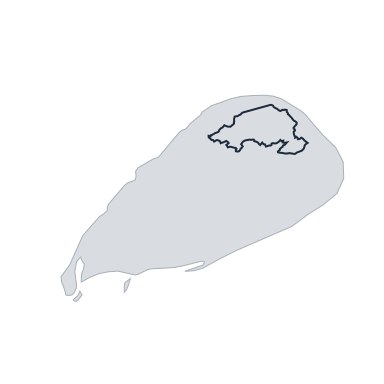 Sri Lanka, with Mŏṇarāgala highlighted, rotated 251°
{"feature_id": "LKA-2468", "entity_name": "Mŏṇarāgala", "entity_type": "District", "adm_level": 1, "iso_a3": "LKA", "parent_name": "Sri Lanka", "parent_adm1": "", "projection": "robinson", "projection_center": [81.231, 6.876], "detail": "fine", "context": "in_parent", "style": "outline", "palette": "slate", "viewbox_px": 384, "rotation_deg": 251, "n_neighbors": 0, "source": "natural_earth", "source_scale": "10m", "svg_char_len": 3492}
<svg xmlns="http://www.w3.org/2000/svg" viewBox="0 0 384 384"><g transform="rotate(251 192 192)"><path d="M135.7,39.3L142.4,39.7L149.5,39.5L154.5,40.6L163.1,52.8L186.4,74.6L199.0,96.8L200.2,101.6L202.0,105.8L205.0,106.9L207.6,108.9L220.2,130.3L221.7,134.5L221.5,139.2L222.2,142.6L225.5,144.4L229.7,145.3L232.4,148.5L235.8,165.6L235.8,170.9L236.8,173.2L252.8,199.8L253.7,203.0L253.5,205.4L254.0,207.5L257.1,212.2L261.9,224.9L264.4,227.8L267.3,238.9L267.5,260.0L266.4,269.5L263.4,280.9L259.9,292.1L256.1,300.2L250.8,307.1L232.9,321.7L227.8,324.6L204.4,333.7L187.2,342.4L171.3,344.7L155.4,339.9L143.4,328.6L137.2,311.9L133.1,294.5L127.0,275.1L122.3,215.4L120.1,198.7L116.5,177.4L116.9,168.2L119.4,159.3L119.4,178.7L121.8,181.1L123.5,178.6L125.2,158.6L126.5,150.1L132.8,127.9L133.0,124.0L131.9,115.7L131.9,111.5L141.4,96.0L143.8,86.9L145.1,77.7L144.6,67.7L142.9,57.9L150.6,61.0L154.7,64.4L159.0,66.8L162.5,65.6L166.7,65.5L163.7,60.2L154.8,55.2L140.1,52.2L135.5,48.3L133.7,44.9L134.6,40.9L135.7,39.3ZM128.2,99.5L130.2,105.5L124.4,101.4L120.7,98.0L119.3,95.3L127.2,98.3L128.2,99.5ZM134.8,53.7L130.4,54.5L127.0,49.3L126.2,47.1L127.1,45.5L128.1,44.7L129.2,45.0L130.8,49.9L134.8,53.7Z" fill="#d9dde1" stroke="#a8b0b8" stroke-width="1"/><path d="M200.8,317.3L200.3,315.5L199.6,314.0L198.3,313.0L197.0,312.2L196.0,310.7L195.3,309.0L195.2,304.2L194.8,302.9L194.5,301.6L195.6,299.4L196.9,297.2L197.6,293.8L198.3,292.1L199.5,290.3L200.3,288.3L201.4,286.3L202.2,286.4L202.8,287.3L203.1,288.7L203.6,289.0L204.2,289.2L204.8,290.8L205.3,292.5L205.8,292.8L206.3,293.1L206.6,295.6L207.4,296.7L208.0,297.8L208.3,295.7L209.3,294.0L210.0,294.6L210.8,295.0L211.0,293.1L212.4,292.5L211.4,290.7L210.7,288.5L210.7,287.3L210.9,286.1L211.9,284.3L211.8,282.9L210.6,282.5L210.3,281.5L210.9,280.1L210.8,278.4L210.9,276.7L213.3,276.5L213.9,275.2L215.9,274.5L214.2,271.8L215.7,270.9L217.5,270.3L218.4,269.5L219.1,268.5L219.4,267.9L219.8,267.4L220.5,267.7L221.4,267.5L221.8,266.4L222.0,265.1L222.4,264.3L222.8,263.4L223.1,261.3L223.4,259.8L223.4,258.4L223.2,257.3L222.8,256.2L222.3,255.5L221.9,255.1L221.2,254.0L218.6,254.8L217.8,253.8L217.1,252.2L216.0,251.0L215.2,249.8L215.4,248.2L216.2,246.8L217.3,246.9L218.3,248.1L219.5,247.6L220.1,246.3L222.0,243.6L222.6,242.1L222.5,240.5L225.3,239.8L225.8,241.3L226.4,242.6L227.8,242.0L229.1,241.0L228.8,238.0L228.8,235.0L230.5,235.1L231.9,234.2L232.2,233.6L232.7,233.0L233.0,232.2L232.9,231.3L232.6,230.3L232.5,229.3L233.3,229.2L234.2,228.9L234.7,228.1L234.9,227.4L235.7,227.0L236.6,226.6L238.3,225.6L239.7,226.0L238.6,227.8L239.1,228.1L239.5,228.2L239.4,229.3L240.2,233.4L240.1,235.3L240.4,236.8L242.0,238.3L242.9,240.3L243.1,242.0L244.6,244.3L243.5,245.3L242.1,247.3L241.2,249.7L242.1,251.6L242.4,252.8L243.0,253.9L243.5,254.2L244.0,254.2L244.5,254.4L244.8,254.8L247.3,255.5L249.4,256.9L249.2,258.4L248.9,260.0L249.4,261.5L249.4,263.0L250.2,264.4L250.6,265.9L248.8,294.9L247.5,296.6L245.7,297.0L244.2,298.2L242.9,299.6L241.3,300.5L239.9,301.7L239.9,303.0L240.3,304.1L240.0,304.7L239.7,305.1L239.7,305.8L239.7,306.5L238.8,308.2L236.8,307.7L235.0,308.4L234.4,308.3L234.2,308.1L233.4,308.7L229.3,310.5L227.3,311.1L226.2,311.6L225.5,312.4L223.6,313.6L221.9,312.8L220.8,310.7L219.5,308.8L218.6,308.9L218.0,309.4L217.2,309.5L216.6,309.4L216.0,307.9L214.8,307.4L213.1,307.2L211.4,307.2L210.7,308.1L209.8,307.4L209.8,308.4L209.3,309.3L208.3,309.4L207.4,309.4L207.1,311.2L207.8,313.0L206.3,314.3L204.3,315.0L202.5,316.1L200.8,317.3Z" fill="none" stroke="#1e293b" stroke-width="2"/></g></svg>